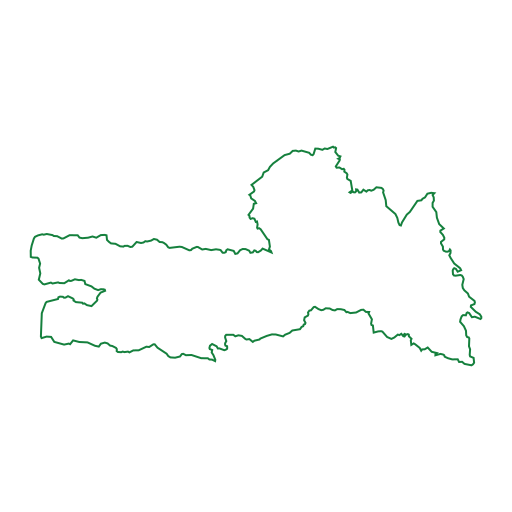 outline of Kiharu, Central, Kenya
{"feature_id": "3690345B72180207858390", "entity_name": "Kiharu", "entity_type": "district", "adm_level": 2, "iso_a3": "KEN", "parent_name": "Kenya", "parent_adm1": "Central", "projection": "orthographic", "projection_center": [37.119, -0.71], "detail": "fine", "context": "isolated", "style": "outline", "palette": "green", "viewbox_px": 512, "rotation_deg": 0, "n_neighbors": 0, "source": "geoboundaries", "source_scale": "gbopen_adm2", "svg_char_len": 6043}
<svg xmlns="http://www.w3.org/2000/svg" viewBox="0 0 512 512"><path d="M41.6,338.1L46.6,336.6L51.1,336.9L54.3,341.9L64.1,344.6L68.8,343.6L70.1,344.2L73.1,340.4L79.3,342.0L87.5,342.4L95.0,345.8L98.8,346.6L100.9,343.7L104.8,342.6L107.6,343.4L110.1,345.6L112.3,346.0L116.0,347.9L116.8,349.1L116.7,351.1L117.9,352.0L121.2,352.2L122.7,351.6L124.4,352.1L128.0,351.6L129.4,352.4L133.3,350.4L138.7,350.3L146.4,346.7L149.2,347.0L153.4,344.3L154.7,344.3L157.5,347.7L166.6,353.7L168.3,356.1L170.4,357.4L175.1,357.7L180.0,356.5L181.8,354.1L183.2,353.8L185.9,355.2L191.5,355.0L201.2,358.2L207.9,358.3L209.4,359.5L212.0,359.6L215.1,361.1L215.3,359.8L213.4,355.1L211.7,352.5L212.2,350.0L209.8,349.1L209.4,348.0L210.0,345.7L212.1,344.0L216.6,346.3L217.9,348.5L219.4,348.4L224.3,350.2L225.8,349.7L227.1,348.8L227.2,347.5L227.1,346.2L225.5,345.7L225.1,344.7L225.1,343.3L226.3,341.1L225.1,337.5L225.2,336.0L226.2,334.8L233.3,334.8L235.3,336.3L238.4,335.3L241.9,335.9L245.4,339.0L246.5,339.5L249.4,339.1L252.8,341.9L254.4,340.7L259.5,339.5L260.3,338.6L266.8,335.9L271.9,334.4L275.8,334.5L283.1,336.4L285.1,334.7L289.6,332.9L292.3,330.5L300.0,329.2L301.6,326.9L303.2,326.2L303.7,324.6L305.0,324.1L305.5,322.9L304.1,320.2L304.7,317.4L307.9,315.6L308.4,314.2L308.0,312.6L308.6,311.6L309.4,310.6L311.0,310.3L313.7,307.1L315.0,306.8L318.5,309.1L321.3,310.2L323.3,309.8L325.7,308.3L329.7,308.5L332.5,310.0L334.9,310.4L337.2,309.1L340.8,309.2L344.4,310.0L346.4,312.2L347.5,311.9L350.3,313.1L356.1,312.5L361.1,309.9L363.4,309.7L365.9,311.9L369.1,312.0L368.5,313.5L371.9,319.3L371.1,323.6L371.5,325.0L372.9,325.5L373.7,332.6L378.2,331.4L381.1,331.2L382.4,331.6L387.1,337.0L391.4,338.9L394.3,337.5L397.8,334.6L399.4,335.1L401.3,333.8L403.3,336.2L404.5,336.5L405.2,335.5L403.8,334.8L404.5,333.9L406.2,334.6L407.8,334.1L408.8,334.6L408.9,336.3L411.5,338.8L410.8,340.3L411.3,344.9L413.7,343.4L415.2,344.3L419.7,347.9L421.2,350.7L422.2,349.4L424.7,349.3L427.7,347.5L431.7,351.8L436.7,353.0L435.5,353.9L435.4,355.3L440.4,353.9L443.0,354.5L444.2,355.2L444.7,356.7L447.9,358.2L452.2,359.4L457.7,359.3L459.1,362.0L462.1,361.8L464.5,363.9L471.5,365.3L473.0,364.3L474.1,362.7L473.6,357.9L470.1,356.4L469.7,354.9L470.1,349.3L469.0,346.3L469.3,338.5L468.7,337.4L467.2,337.1L466.2,335.3L466.0,330.8L463.9,326.2L460.1,321.8L460.5,319.4L461.7,316.3L463.1,315.1L465.9,315.3L466.6,313.1L467.5,312.4L469.2,313.1L471.9,317.2L474.8,316.7L480.5,319.0L481.3,318.1L481.3,316.7L479.8,314.3L475.8,311.8L470.8,306.9L471.0,305.4L474.4,304.1L474.9,302.4L474.5,300.9L469.1,296.7L467.9,293.5L464.3,290.3L462.8,288.0L462.3,284.8L463.7,279.1L462.8,276.8L461.8,275.5L460.3,275.0L455.6,275.7L454.0,275.5L453.0,274.3L452.7,270.7L453.1,269.4L454.2,268.2L455.9,268.9L457.7,271.7L461.1,270.2L460.2,268.3L454.2,263.5L450.6,257.9L449.3,255.3L450.5,253.0L450.6,250.4L449.9,249.5L449.2,250.9L447.7,251.7L446.0,251.7L443.7,250.7L443.0,249.5L442.9,246.6L441.0,243.4L441.0,241.9L444.2,239.4L444.3,237.7L442.9,234.9L440.3,232.0L440.4,230.6L443.8,228.5L439.2,224.1L436.9,217.7L436.3,212.1L432.6,206.8L432.6,202.9L433.9,200.6L433.7,197.3L432.6,195.0L434.3,193.2L431.2,192.8L427.4,193.7L425.0,197.4L422.5,198.8L421.4,200.3L417.4,200.9L409.8,212.0L406.8,214.6L402.0,222.4L400.9,225.5L399.6,225.1L398.4,222.6L397.3,217.9L395.4,214.0L386.3,206.2L385.7,200.1L383.1,192.4L383.6,190.7L383.0,189.2L381.5,187.9L376.4,187.3L373.6,189.8L371.2,190.7L369.7,190.0L367.8,190.3L366.4,191.6L363.4,189.7L361.3,192.4L359.2,192.6L357.4,189.6L356.1,189.4L356.2,191.2L355.2,192.3L354.0,192.4L352.8,191.6L350.5,192.9L349.6,192.3L352.3,190.4L350.7,180.9L347.3,178.9L346.9,177.7L347.4,174.5L346.6,173.2L344.3,171.6L344.5,169.8L343.7,168.8L342.1,169.2L339.4,167.5L336.6,167.7L335.8,166.4L339.6,160.5L339.8,159.4L338.3,158.7L339.7,157.9L340.4,156.4L338.2,155.7L335.3,152.0L336.1,148.1L335.1,147.3L333.9,147.6L333.0,146.7L327.4,149.0L324.7,148.5L322.4,149.8L318.2,148.7L315.3,148.6L313.6,154.1L312.6,155.2L310.9,154.7L309.2,152.8L301.5,150.6L298.6,151.5L295.9,150.6L292.7,150.9L289.8,153.7L284.6,155.1L273.2,163.4L269.9,166.9L268.1,170.2L263.7,172.5L262.2,176.7L251.5,184.9L253.3,186.9L254.5,190.2L254.0,191.5L249.4,194.8L250.3,195.5L251.2,198.4L254.9,200.9L256.1,203.2L253.8,203.8L253.1,208.6L248.5,214.9L249.5,216.0L249.6,217.6L250.6,218.9L252.6,218.2L254.4,218.7L255.8,221.9L257.0,221.5L257.6,224.4L257.1,227.7L257.6,228.6L259.1,228.2L260.6,229.2L267.4,239.2L268.9,239.9L269.9,246.6L269.0,249.4L271.0,251.1L271.5,252.5L262.6,248.6L260.9,250.5L258.1,252.2L256.8,252.1L255.7,250.8L254.3,250.4L252.8,252.4L250.4,252.8L249.2,250.7L245.6,249.1L242.7,249.0L240.1,250.2L237.5,253.4L235.3,253.9L233.7,250.9L227.6,249.3L226.3,250.3L225.7,252.2L224.1,252.8L222.6,252.7L220.6,250.1L219.5,249.8L216.0,249.3L211.2,250.1L205.7,248.9L202.2,249.5L197.9,247.0L196.7,246.9L192.3,248.7L191.0,250.1L189.3,250.3L181.9,247.0L179.6,246.7L169.6,247.9L168.2,247.3L166.3,244.7L164.0,243.0L162.4,242.2L159.6,242.0L157.0,239.7L153.9,239.0L151.1,240.6L147.1,241.5L145.3,241.2L143.5,242.5L141.0,243.0L136.6,242.0L132.3,246.7L130.4,247.0L127.6,245.8L124.5,245.9L123.4,246.6L120.1,246.3L115.5,243.8L111.0,243.4L108.9,241.8L107.0,239.9L106.5,235.3L104.8,234.9L100.8,235.1L96.3,237.7L92.5,236.5L88.1,237.7L82.3,238.2L79.5,237.6L77.7,235.3L71.0,235.2L69.6,235.2L63.5,238.4L61.8,238.6L57.2,236.2L53.8,236.0L52.5,235.1L46.8,234.0L43.7,234.7L42.2,234.3L38.0,235.4L35.0,236.8L33.9,238.5L31.7,245.5L30.7,250.7L30.8,256.9L32.5,257.5L37.4,257.7L38.5,258.6L40.1,263.6L39.1,267.8L40.3,273.4L38.8,279.7L42.8,283.9L44.4,284.4L50.9,282.6L52.5,283.5L58.1,282.4L59.5,283.0L64.3,283.2L68.9,280.3L70.0,281.0L71.5,280.8L74.9,279.3L78.9,280.1L81.2,279.9L84.5,280.9L85.3,284.1L91.5,286.4L94.4,288.7L98.1,290.1L100.9,289.2L103.5,289.3L104.8,289.7L105.1,290.8L100.6,292.6L97.5,296.7L96.9,298.4L97.4,299.7L97.0,300.7L91.5,306.1L86.9,305.1L84.4,303.4L83.0,303.7L82.2,302.7L75.9,302.1L73.5,300.5L73.7,299.4L72.7,298.4L68.0,296.2L65.5,297.6L64.0,297.7L62.9,296.8L60.0,296.6L58.4,297.3L58.0,299.0L46.6,301.9L45.6,303.1L41.8,313.2L40.9,336.5L41.6,338.1Z" fill="none" stroke="#15803d" stroke-width="2"/></svg>